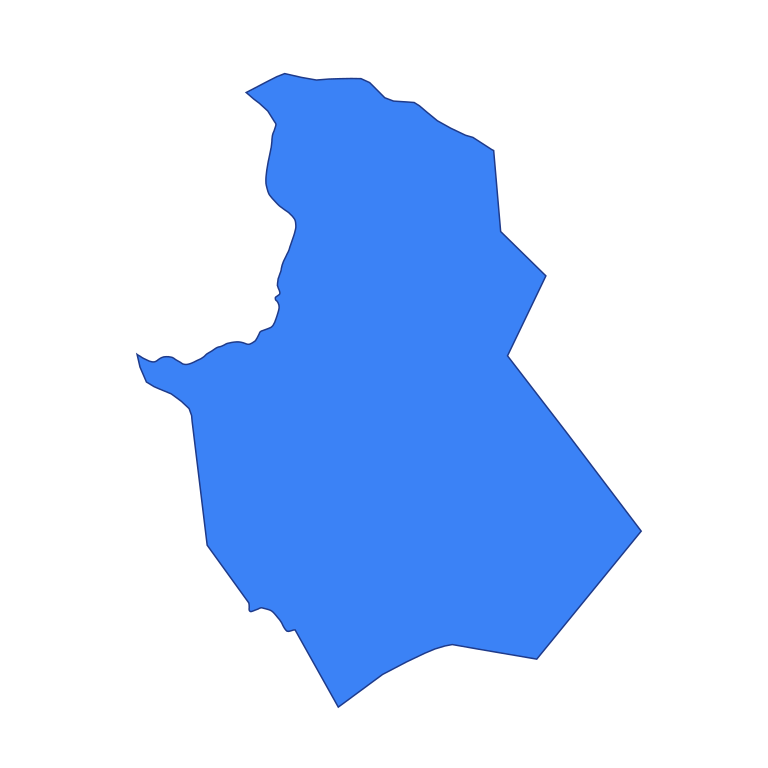 the district of Langue, Valle, Honduras, rotated 355°
{"feature_id": "27666195B29831378343973", "entity_name": "Langue", "entity_type": "district", "adm_level": 2, "iso_a3": "HND", "parent_name": "Honduras", "parent_adm1": "Valle", "projection": "orthographic", "projection_center": [-87.663, 13.662], "detail": "fine", "context": "isolated", "style": "filled", "palette": "blue", "viewbox_px": 768, "rotation_deg": 355, "n_neighbors": 0, "source": "geoboundaries", "source_scale": "gbopen_adm2", "svg_char_len": 6083}
<svg xmlns="http://www.w3.org/2000/svg" viewBox="0 0 768 768"><g transform="rotate(355 384 384)"><path d="M312.1,66.1L304.0,68.5L293.8,72.6L272.1,81.6L279.2,88.9L284.3,93.5L292.0,101.9L297.9,113.4L298.3,114.0L298.7,114.8L298.8,115.1L298.9,115.4L298.9,115.6L299.0,115.9L298.9,116.1L298.9,116.5L298.8,116.8L298.6,117.5L298.3,118.2L298.0,118.9L296.6,122.2L296.0,123.3L295.3,124.6L295.1,125.1L294.8,125.9L294.6,126.4L294.3,127.6L294.1,128.6L293.7,130.5L293.5,132.4L293.3,133.3L292.8,135.9L292.4,137.7L292.3,138.4L291.9,139.5L291.2,142.0L289.1,149.0L288.6,150.6L288.1,152.2L287.3,155.2L286.5,158.3L286.2,159.5L285.9,160.6L285.4,163.0L284.9,165.5L284.6,167.0L284.3,168.9L284.2,169.8L284.1,170.8L284.0,172.0L284.0,172.7L283.9,173.3L283.9,174.0L284.0,174.9L284.0,175.4L284.3,177.4L284.6,179.3L284.9,180.7L285.0,181.5L285.4,183.0L285.6,183.7L285.8,184.2L285.9,184.6L286.2,185.3L286.8,186.3L287.4,187.2L288.4,188.7L289.1,189.7L289.9,190.7L292.2,193.7L293.0,194.7L293.7,195.6L295.0,197.1L295.5,197.6L296.1,198.2L297.4,199.3L300.3,201.9L302.3,203.5L303.7,204.7L304.3,205.3L304.9,206.0L305.6,206.9L306.9,208.3L307.7,209.5L308.3,210.3L308.6,210.9L309.0,211.5L309.2,211.9L309.3,212.1L309.4,212.5L309.6,212.9L309.7,213.3L309.8,213.8L309.9,214.4L309.9,214.7L310.0,215.3L310.0,216.0L310.0,217.1L310.0,218.5L309.9,219.4L309.9,220.0L309.6,221.1L309.4,222.0L309.1,222.8L308.7,224.0L307.9,226.3L307.0,228.5L305.3,232.3L303.1,237.3L302.3,239.0L301.8,240.3L301.1,242.1L300.6,243.0L300.4,243.4L299.9,244.3L298.6,246.3L297.7,247.9L294.9,252.5L294.3,253.6L293.8,254.7L293.3,255.8L293.0,256.4L292.5,257.8L292.2,258.8L291.8,259.9L291.7,260.5L291.5,261.3L291.4,261.7L291.3,262.1L291.1,262.5L290.8,263.3L290.2,264.5L290.0,264.9L288.8,267.6L288.6,268.2L288.1,269.1L287.9,269.6L287.7,270.0L287.6,270.4L287.2,272.4L286.8,274.0L286.5,275.9L286.5,276.1L286.4,276.5L286.5,276.6L286.5,276.9L286.8,278.2L287.0,279.1L287.5,280.6L287.7,281.2L287.9,281.7L288.0,282.5L288.2,283.3L288.2,283.7L288.2,284.0L288.2,284.3L288.1,284.7L288.0,285.0L287.9,285.3L287.6,285.6L287.4,285.8L286.9,286.1L285.6,286.9L283.8,287.9L283.6,288.1L283.4,288.3L283.3,288.5L283.2,289.0L283.2,289.3L283.2,289.6L283.2,290.0L283.3,290.4L283.4,290.8L283.6,291.1L283.8,291.3L284.0,291.5L284.3,291.8L284.6,292.1L284.8,292.5L285.0,292.8L285.2,293.2L285.4,293.6L285.6,294.1L285.8,294.8L286.0,295.5L286.1,295.9L286.2,296.4L286.2,297.1L286.2,297.6L286.2,298.1L286.2,298.6L286.1,299.2L285.9,299.9L285.6,301.0L285.1,302.4L284.7,303.4L284.4,304.2L283.5,306.4L282.2,309.4L281.5,310.8L281.1,311.7L280.6,312.8L280.3,313.3L279.7,314.2L279.5,314.5L279.0,315.3L278.8,315.6L278.4,316.1L278.0,316.5L277.5,316.9L277.0,317.3L276.5,317.6L276.2,317.8L275.8,317.9L274.7,318.3L272.7,318.9L270.5,319.5L267.5,320.3L267.0,320.4L266.6,320.5L266.0,320.8L265.7,320.9L265.4,321.1L265.2,321.3L265.0,321.5L264.7,321.9L264.5,322.2L263.9,323.4L263.4,324.2L261.4,327.4L260.8,328.1L260.6,328.5L260.1,329.1L259.7,329.5L259.4,329.8L259.1,330.1L258.8,330.3L258.5,330.4L257.2,331.1L256.5,331.5L255.5,331.9L254.5,332.3L253.8,332.5L253.4,332.6L253.1,332.7L252.9,332.7L252.5,332.6L252.2,332.6L251.5,332.5L250.9,332.3L250.2,332.0L249.6,331.7L248.8,331.3L248.1,331.0L247.2,330.6L246.0,330.2L245.1,329.9L243.9,329.6L242.8,329.4L241.7,329.3L240.7,329.2L239.3,329.2L238.3,329.2L236.4,329.3L235.2,329.4L234.0,329.6L232.1,329.8L231.6,329.9L231.1,330.0L230.3,330.2L230.0,330.4L229.4,330.6L228.5,331.1L227.6,331.4L226.6,331.8L226.0,332.0L225.1,332.3L224.2,332.5L223.5,332.6L222.4,332.7L221.8,332.9L221.2,333.0L220.5,333.3L220.0,333.5L219.2,333.9L216.9,335.2L215.7,335.9L214.3,336.6L211.7,337.8L210.6,338.4L209.9,338.7L209.7,338.9L209.2,339.3L208.8,339.6L207.9,340.4L207.4,340.8L207.1,341.0L206.7,341.3L206.3,341.5L205.2,342.1L204.1,342.7L203.7,342.9L202.9,343.2L200.3,344.1L199.0,344.6L196.6,345.6L194.8,346.2L194.2,346.4L192.8,346.8L191.4,347.1L190.6,347.2L189.8,347.3L189.2,347.3L188.4,347.3L187.9,347.2L187.2,347.1L186.6,346.9L185.9,346.7L185.4,346.5L185.0,346.3L184.7,346.0L184.1,345.6L183.4,344.9L183.1,344.7L182.1,344.0L179.6,342.3L178.5,341.5L176.8,340.0L176.3,339.7L175.8,339.3L175.4,339.1L175.1,339.0L174.3,338.7L173.5,338.5L172.3,338.2L171.6,338.0L171.0,338.0L170.4,337.9L169.6,337.8L168.4,337.8L167.9,337.8L167.1,337.8L166.4,337.9L165.8,338.1L165.2,338.2L164.7,338.4L163.8,338.7L163.2,339.0L161.7,339.8L161.0,340.2L160.4,340.7L159.6,341.1L159.1,341.4L158.7,341.5L158.2,341.7L157.9,341.8L157.4,341.9L156.8,341.9L156.6,341.9L156.0,341.9L155.5,341.8L154.9,341.7L154.6,341.6L153.4,341.2L152.8,341.0L152.5,340.9L151.4,340.3L149.5,339.2L148.0,338.3L146.6,337.5L146.1,337.1L145.3,336.6L143.6,335.2L142.3,334.3L141.3,333.6L140.6,333.0L142.4,345.9L147.5,361.3L154.7,366.6L160.4,369.7L171.2,375.3L180.4,383.4L187.7,391.5L189.6,398.7L189.6,404.4L193.8,529.2L230.3,590.4L230.3,591.1L230.4,592.1L230.4,592.7L230.3,593.5L230.3,594.5L230.0,596.4L230.0,596.7L230.0,597.0L230.0,597.5L230.2,598.0L230.3,598.3L230.5,598.5L230.9,598.9L231.1,599.0L231.3,599.1L231.5,599.1L231.9,599.1L232.2,599.1L233.3,598.8L233.8,598.7L236.4,597.9L238.6,597.3L239.0,597.2L239.6,596.9L240.1,596.7L240.8,596.5L241.5,596.3L242.1,596.2L242.6,596.3L243.1,596.4L244.7,597.0L247.0,597.8L249.6,598.8L250.2,599.1L250.8,599.4L251.2,599.6L251.7,599.9L252.0,600.2L252.4,600.4L252.9,601.0L253.3,601.3L254.0,602.1L254.7,603.0L256.3,605.2L257.7,607.3L259.4,609.7L260.2,611.1L260.8,612.2L261.2,613.0L261.5,613.7L262.1,615.4L262.6,616.6L263.1,617.7L263.8,619.1L264.3,619.9L264.7,620.5L265.1,621.0L265.5,621.4L265.6,621.6L265.8,621.7L266.0,621.8L266.4,621.9L266.9,622.0L267.1,622.1L267.6,622.1L268.2,622.0L268.5,622.0L270.6,621.6L272.4,621.2L272.7,621.2L273.1,621.2L274.0,621.2L310.3,701.9L357.3,673.2L382.0,662.9L401.0,655.8L411.6,652.4L421.7,650.3L429.3,649.5L454.3,656.2L512.2,671.4L627.4,553.0L562.8,450.1L509.5,366.7L554.7,290.4L513.5,242.3L513.6,161.0L511.7,159.8L494.1,146.1L486.9,143.3L472.8,135.0L460.1,126.4L450.3,116.8L443.6,110.0L438.6,106.2L431.9,105.1L418.2,103.0L409.7,98.9L404.8,93.0L396.0,82.5L387.7,77.8L378.0,76.8L366.5,76.0L355.5,75.4L343.2,75.3L328.6,71.4L312.1,66.1Z" fill="#3b82f6" stroke="#1e3a8a" stroke-width="1.5"/></g></svg>